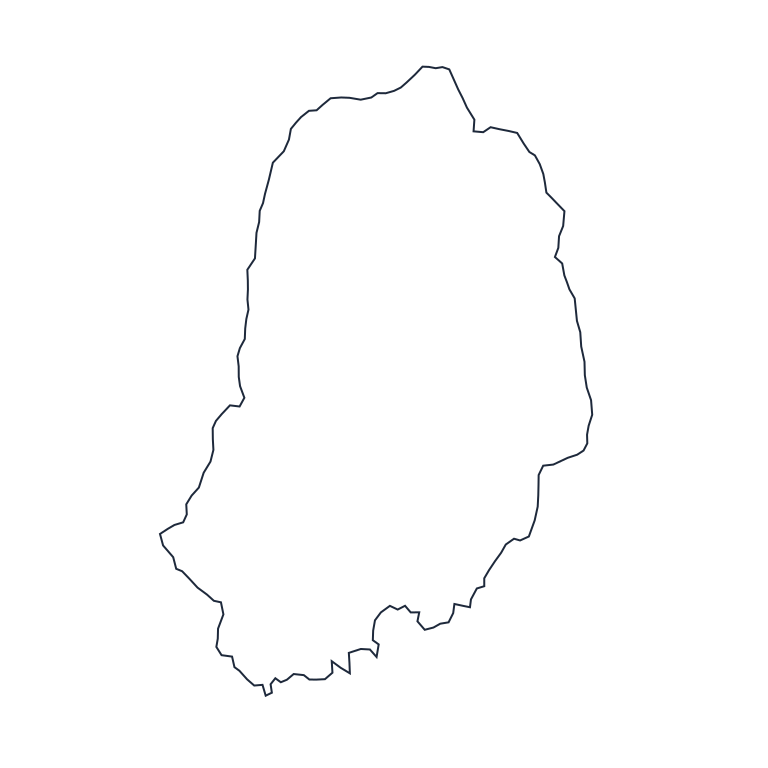 Potirendaba, São Paulo, Brazil, rotated 5°
{"feature_id": "56859067B31235444484955", "entity_name": "Potirendaba", "entity_type": "district", "adm_level": 2, "iso_a3": "BRA", "parent_name": "Brazil", "parent_adm1": "São Paulo", "projection": "equal_earth", "projection_center": [-49.395, -21.076], "detail": "fine", "context": "isolated", "style": "outline", "palette": "slate", "viewbox_px": 768, "rotation_deg": 5, "n_neighbors": 0, "source": "geoboundaries", "source_scale": "gbopen_adm2", "svg_char_len": 2381}
<svg xmlns="http://www.w3.org/2000/svg" viewBox="0 0 768 768"><g transform="rotate(5 384 384)"><path d="M273.5,131.4L269.0,138.0L268.0,148.8L263.9,160.9L254.0,173.2L251.5,190.5L248.9,204.9L247.7,214.4L245.1,222.3L245.5,233.5L243.8,244.5L244.1,255.2L244.5,270.1L237.9,282.1L239.3,292.6L240.2,301.7L240.6,311.7L242.5,321.7L241.2,331.3L240.9,340.8L241.4,351.3L237.3,360.8L235.6,369.1L237.7,379.1L238.7,389.6L240.8,398.7L246.1,409.9L242.1,419.0L232.4,418.7L224.9,428.2L219.8,435.4L217.2,442.9L218.3,453.9L219.8,464.5L217.9,476.4L212.1,488.1L208.6,503.3L202.1,511.9L197.5,521.1L198.9,531.1L196.0,539.3L187.5,542.7L181.3,547.1L173.9,552.9L178.0,564.1L189.1,574.9L193.1,586.2L199.2,588.1L206.9,594.8L216.0,603.1L226.0,609.2L233.4,614.8L240.6,615.7L244.1,627.5L240.0,642.2L240.6,652.2L239.9,660.5L245.8,668.3L256.4,668.8L259.7,679.1L265.0,682.3L273.3,690.1L281.0,695.7L289.2,694.3L293.3,704.8L299.2,701.3L297.2,693.0L301.4,686.6L307.2,690.1L313.0,687.1L319.3,680.8L329.5,681.0L335.4,684.9L342.2,684.4L350.9,683.2L357.8,676.1L356.1,664.7L365.6,670.5L375.2,675.2L373.9,664.9L372.4,654.9L384.0,650.0L393.1,649.7L400.4,656.6L401.4,643.9L395.2,640.2L394.7,630.6L395.6,620.2L400.8,611.8L409.2,604.5L417.3,607.5L424.3,603.1L430.5,609.2L439.0,608.4L438.0,617.5L446.0,625.3L454.5,622.3L460.9,617.9L469.1,615.8L472.9,606.2L473.3,597.0L482.0,598.1L489.1,598.9L489.4,591.0L494.3,579.6L501.5,576.7L500.8,568.8L504.9,560.2L510.1,550.7L515.4,541.9L519.3,533.3L527.0,526.8L533.2,528.0L541.6,523.3L546.0,506.7L547.8,492.8L547.4,481.5L546.7,470.8L546.0,461.2L549.7,451.5L559.7,449.5L573.5,441.5L582.6,437.6L588.6,432.9L591.7,425.4L590.7,416.8L591.5,407.8L594.1,396.5L591.7,382.1L586.3,369.9L583.3,357.7L581.8,344.4L577.2,329.5L575.0,315.3L570.7,304.3L566.5,282.1L560.5,273.6L557.4,266.7L554.2,260.1L551.0,248.4L543.2,242.6L545.8,233.2L545.5,221.5L548.7,211.0L548.7,196.1L539.7,188.3L534.7,183.9L529.1,179.2L526.7,169.2L524.4,160.9L520.0,151.4L514.4,143.1L508.6,140.2L502.2,132.3L494.8,122.3L486.3,121.1L476.8,120.1L467.8,118.9L460.9,124.5L451.2,124.5L451.0,112.8L442.5,101.4L437.4,92.3L432.2,84.0L427.6,75.7L421.6,64.9L414.6,63.2L408.0,64.9L401.1,64.2L394.7,64.5L387.8,73.2L380.1,81.8L374.9,87.2L368.5,91.1L360.4,94.2L352.2,94.8L346.4,99.7L336.0,102.8L324.7,101.9L316.4,102.3L305.9,104.0L298.4,111.4L293.0,117.2L285.4,118.4L278.1,125.3L273.5,131.4Z" fill="none" stroke="#1e293b" stroke-width="2"/></g></svg>